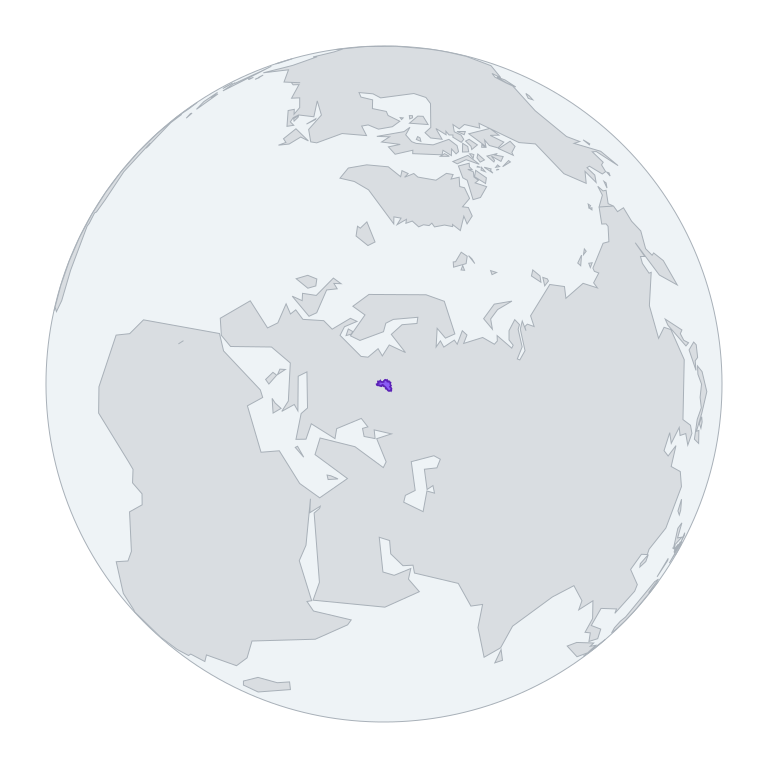 the Earth from above Mogilev, rotated 38°
{"feature_id": "BLR-2340", "entity_name": "Mogilev", "entity_type": "Region", "adm_level": 1, "iso_a3": "BLR", "parent_name": "Belarus", "parent_adm1": "", "projection": "orthographic", "projection_center": [29.938, 53.567], "detail": "fine", "context": "on_globe", "style": "filled", "palette": "violet", "viewbox_px": 768, "rotation_deg": 38, "n_neighbors": 0, "source": "natural_earth", "source_scale": "10m", "svg_char_len": 14121}
<svg xmlns="http://www.w3.org/2000/svg" viewBox="0 0 768 768"><g transform="rotate(38 384 384)"><circle cx="384" cy="384" r="338" fill="#eef3f6" stroke="#a8b0b8"/><path d="M211.3,93.6L218.1,89.6L213.9,92.0L223.3,86.7L230.7,82.9L247.3,75.1L272.4,67.3L287.4,70.7L277.9,72.8L282.6,73.9L294.9,71.6L301.9,69.9L334.9,75.6L375.5,76.6L389.0,72.4L385.6,77.4L411.5,67.2L434.0,67.8L408.2,70.1L405.2,72.8L420.2,74.3L420.5,77.4L427.9,80.2L426.7,84.1L411.8,85.9L410.8,88.6L421.5,89.6L427.1,94.6L411.5,92.7L419.8,101.4L396.3,107.5L355.5,101.6L341.8,110.6L298.4,120.1L301.9,123.4L287.6,130.0L286.2,136.6L278.6,137.1L284.1,142.0L291.4,140.4L296.2,142.1L296.1,146.0L286.3,147.1L285.0,145.3L282.0,147.7L277.2,146.7L279.5,149.4L267.6,150.7L279.1,155.4L269.3,161.4L261.6,160.7L262.9,153.0L248.0,134.4L240.6,132.4L228.7,136.7L205.2,160.6L196.7,162.1L184.9,169.7L189.2,172.1L200.1,167.1L205.3,174.1L218.0,167.8L221.9,169.9L234.7,167.2L232.2,176.1L222.7,186.6L212.0,189.6L207.6,194.5L217.3,199.0L196.8,212.4L182.5,235.4L177.2,238.3L167.9,229.8L169.1,210.6L157.1,202.0L164.2,216.6L151.0,224.6L148.5,230.0L148.8,235.1L153.6,235.7L148.9,240.7L140.1,227.5L144.2,222.8L147.0,226.8L147.4,218.1L141.4,210.4L135.2,215.7L132.7,200.4L128.2,204.2L125.2,203.4L132.5,198.2L119.3,207.6L115.3,195.2L97.3,213.1L115.8,189.3L122.8,178.4L129.8,167.3L126.8,169.9L140.1,153.2L145.3,145.4L140.0,150.2L162.0,129.2L185.8,110.3L211.3,93.6ZM111.2,184.5L111.4,184.3L103.9,195.5L101.5,198.5L111.2,184.5ZM63.5,277.0L60.9,287.0L57.2,298.2L58.6,296.1L55.1,309.4L52.1,338.2L51.4,338.5L48.3,376.9L50.9,410.5L51.5,425.5L50.6,427.4L52.8,438.8L52.9,442.4L67.0,487.3L78.7,516.7L81.3,528.6L77.5,525.9L78.9,529.3L68.7,505.5L60.3,481.0L53.8,455.9L49.3,430.4L46.7,404.6L46.1,378.7L47.5,352.9L50.9,327.2L56.2,301.8L63.5,277.0ZM93.0,217.4L76.6,252.2L81.2,238.1L81.2,239.4L86.3,229.3L94.3,213.8L99.6,202.9L93.0,217.4ZM96.2,220.0L98.6,214.9L96.9,219.3L96.2,220.0ZM305.0,68.8L295.1,71.3L283.9,72.6L292.1,69.9L305.0,68.8ZM326.3,68.4L321.8,70.1L316.9,67.7L321.0,67.5L326.3,68.4ZM398.6,69.1L390.6,69.0L398.3,68.1L398.6,69.1ZM429.1,79.9L431.3,79.1L434.2,80.9L429.1,79.9ZM235.3,162.5L235.0,164.8L232.7,164.1L235.3,162.5ZM241.1,159.3L238.7,156.9L241.2,155.1L242.6,156.6L241.1,159.3ZM435.2,88.8L439.1,92.3L432.5,88.9L435.2,88.8ZM243.5,162.8L245.7,152.1L250.0,149.0L259.0,152.4L243.5,162.8ZM439.7,94.6L449.6,103.9L455.3,102.5L444.5,112.1L439.8,100.7L430.7,96.6L437.7,97.0L439.7,94.6ZM293.7,138.2L286.0,140.1L292.6,135.0L293.7,138.2ZM296.8,134.6L310.0,117.5L321.4,117.1L314.6,122.7L329.5,119.6L328.5,127.7L320.2,131.2L313.0,129.8L318.1,134.1L296.8,134.6ZM437.0,116.3L437.1,119.0L434.1,116.5L437.0,116.3ZM298.7,142.4L300.4,138.8L310.4,138.1L308.8,145.2L306.1,143.1L298.7,142.4ZM333.9,115.1L341.0,116.1L342.2,122.8L345.1,124.2L329.5,127.9L333.9,115.1ZM303.8,145.3L307.8,148.9L303.0,152.9L297.8,145.9L303.8,145.3ZM313.6,135.0L318.2,135.1L315.2,137.3L313.6,135.0ZM288.2,169.9L289.9,165.2L295.3,164.3L288.2,169.9ZM309.7,150.0L311.3,148.7L313.6,147.9L315.2,151.1L309.7,150.0ZM331.4,132.6L330.4,135.3L337.9,131.4L339.1,136.6L328.4,138.3L333.5,139.7L333.9,141.4L324.8,141.0L331.4,132.6ZM323.8,152.2L310.6,156.7L306.2,165.4L301.3,166.3L309.3,152.2L323.8,152.2ZM325.2,145.6L323.2,149.9L318.1,148.6L316.3,145.0L325.2,145.6ZM343.7,139.7L344.6,131.2L346.9,131.2L343.7,139.7ZM323.5,155.0L326.7,153.8L323.8,155.7L323.5,155.0ZM338.6,144.5L338.6,141.4L341.3,141.5L338.6,144.5ZM333.0,154.4L328.8,155.7L327.4,153.2L333.0,154.4ZM336.4,150.0L340.0,150.8L329.5,151.5L336.0,148.6L336.4,150.0ZM341.1,145.1L342.6,144.1L340.7,146.4L341.1,145.1ZM340.6,163.5L327.7,164.9L324.7,159.2L337.7,158.5L340.6,163.5ZM161.1,561.7L142.8,510.4L152.6,500.9L155.0,481.5L223.3,445.5L237.2,456.7L290.2,464.8L296.7,469.3L289.8,485.3L329.1,513.5L342.6,501.1L378.8,514.3L403.4,513.3L413.4,481.0L373.1,482.1L366.9,465.9L399.7,451.3L434.9,450.3L433.6,444.0L411.9,431.6L420.6,418.7L404.5,426.2L410.6,432.5L400.6,437.6L394.4,432.2L397.7,427.7L387.3,425.1L374.2,448.3L379.0,457.2L351.2,460.1L356.5,475.5L348.7,481.8L336.9,458.3L338.5,450.0L315.8,421.9L311.6,430.7L332.7,458.2L325.9,455.4L320.3,468.5L319.1,456.3L297.2,425.1L272.6,424.1L240.0,448.9L225.9,445.8L214.5,433.0L227.4,400.8L257.7,411.5L262.7,401.2L257.5,381.1L267.2,386.4L268.8,379.9L280.3,383.0L297.5,371.2L309.4,372.7L317.1,352.9L324.2,351.3L317.6,363.2L319.4,372.7L348.9,376.4L354.9,372.7L357.6,359.8L365.4,362.9L364.1,350.0L381.6,346.0L359.2,340.4L361.7,326.2L372.7,316.0L369.6,310.6L351.6,327.3L348.0,335.0L351.4,343.1L338.2,364.5L327.9,366.7L326.5,341.3L311.6,341.9L317.0,322.7L362.2,287.8L380.6,281.7L409.0,300.9L404.2,310.0L391.6,307.4L402.3,322.8L401.9,315.3L408.4,318.1L412.4,306.1L417.2,307.6L412.9,293.8L419.2,294.3L421.8,303.0L433.1,286.6L446.5,284.7L446.8,280.3L443.3,276.2L462.6,277.1L461.9,273.9L455.4,272.3L449.7,265.0L447.4,252.8L454.2,253.8L456.0,258.3L470.0,269.7L473.6,282.2L476.2,281.4L474.6,270.9L457.6,256.8L454.2,249.3L463.1,254.6L459.6,252.1L460.1,248.6L466.9,246.3L457.5,240.0L453.4,203.5L466.2,196.1L474.6,204.5L478.9,182.1L493.0,176.9L486.9,175.2L484.9,164.3L480.4,165.7L477.3,164.1L470.0,138.2L473.6,133.4L463.5,121.8L460.4,121.1L457.1,123.9L444.5,112.1L455.3,102.5L461.9,104.4L464.2,97.7L478.9,103.3L492.1,105.3L506.8,116.3L516.0,117.5L515.8,114.7L528.1,114.8L554.1,125.4L533.9,128.6L495.0,118.0L511.0,123.0L507.6,125.6L513.4,129.9L524.6,133.5L525.8,131.5L544.9,158.9L572.3,179.0L569.8,166.9L576.6,164.5L605.6,180.0L641.5,228.0L650.9,227.8L657.0,233.3L661.0,245.1L652.3,237.3L649.0,242.3L643.4,236.5L646.9,253.9L639.1,246.4L645.7,264.1L652.2,265.8L652.0,252.8L661.1,272.2L671.4,270.6L681.6,281.8L694.8,324.0L694.6,351.0L696.5,356.3L691.7,359.7L692.5,378.3L707.1,386.1L709.1,393.0L707.1,422.6L705.7,418.1L693.2,427.2L696.0,446.7L705.7,443.7L709.2,453.1L704.0,460.7L699.8,453.1L695.3,455.9L692.8,440.4L682.1,426.2L676.5,442.1L673.4,432.9L657.8,426.0L647.8,448.1L634.4,495.7L638.3,520.1L631.1,537.7L608.0,518.0L597.4,497.0L589.2,505.5L565.3,495.4L524.4,514.2L518.4,508.9L510.8,515.5L493.9,513.7L484.8,503.9L474.6,507.7L498.9,532.8L509.8,528.5L518.7,512.9L523.4,522.7L539.7,525.9L522.1,559.3L461.2,598.0L455.2,580.0L408.4,528.7L409.8,521.7L409.6,520.9L409.0,519.5L404.8,531.1L396.7,519.7L421.8,559.1L426.0,575.4L460.4,599.3L457.2,602.8L468.2,606.3L503.4,590.1L503.6,596.2L487.0,627.4L438.2,667.8L444.7,684.1L441.2,696.8L410.9,706.8L413.7,713.0L398.0,715.8L397.1,718.3L384.6,720.5L363.7,721.0L327.9,717.1L325.6,715.9L307.5,709.5L282.4,688.9L291.2,681.1L288.0,671.4L262.2,641.4L267.8,628.1L260.9,619.5L246.7,616.7L238.8,605.8L230.2,602.4L177.0,582.6L161.1,561.7ZM199.3,473.3L197.3,479.0L199.3,473.3ZM472.3,465.0L493.4,460.5L483.7,441.9L491.0,438.9L485.1,433.9L482.9,440.6L468.3,426.3L477.3,417.5L474.7,408.6L467.5,409.8L453.3,428.4L474.1,448.7L469.4,458.6L472.3,465.0ZM52.2,339.0L51.4,344.7L51.5,340.0L52.2,339.0ZM79.4,240.1L77.1,245.9L75.1,250.4L76.4,246.6L79.4,240.1ZM66.0,288.7L64.5,296.3L65.0,290.1L66.0,288.7ZM74.6,257.6L67.1,283.0L68.2,272.4L73.3,256.7L71.2,265.0L74.6,257.6ZM92.3,222.7L90.3,226.9L89.3,227.5L92.3,222.7ZM94.9,223.3L95.3,222.1L97.3,219.0L94.9,223.3ZM151.5,225.3L152.1,226.6L151.3,232.2L149.4,230.4L151.5,225.3ZM161.5,253.3L153.8,260.8L158.0,254.0L153.8,252.6L157.5,237.1L174.8,239.0L166.3,240.7L161.5,253.3ZM167.2,217.8L162.9,226.9L166.9,216.9L167.2,217.8ZM266.4,342.6L269.9,348.7L265.0,355.4L250.0,355.1L257.0,345.3L266.4,342.6ZM276.1,355.9L278.9,331.7L288.4,331.4L282.6,335.6L288.5,337.8L280.9,345.2L287.1,369.3L283.2,376.8L257.6,371.3L268.2,368.7L264.0,362.7L276.1,355.9ZM269.4,275.8L270.7,266.8L289.5,277.6L286.1,284.8L270.9,284.6L266.0,276.0L269.4,275.8ZM258.9,171.4L258.2,168.3L260.9,167.9L263.7,170.1L258.9,171.4ZM288.6,167.7L264.8,184.8L262.8,182.0L251.3,196.1L241.5,194.4L249.3,185.2L233.1,194.8L236.2,185.8L225.9,193.3L244.3,172.9L246.4,165.7L247.7,174.3L256.6,176.0L261.2,174.6L275.5,165.3L284.5,151.3L294.8,151.2L299.7,155.0L299.1,158.3L292.6,157.2L296.5,162.5L286.6,163.5L288.6,167.7ZM350.9,206.7L343.6,202.6L349.7,216.1L339.8,216.1L341.2,217.7L333.8,221.5L327.1,229.1L322.7,227.8L322.0,231.4L317.1,234.2L314.6,238.8L306.0,238.2L302.3,243.9L300.3,240.4L296.2,250.4L295.3,242.8L288.9,246.2L293.1,251.8L252.3,240.5L235.9,242.7L222.6,248.9L222.9,235.8L235.5,221.9L253.7,210.2L269.5,210.4L266.8,204.8L273.5,203.3L272.9,208.4L277.9,199.8L283.3,200.1L299.5,191.4L303.5,179.6L309.5,176.4L310.7,181.2L315.9,174.8L322.1,181.8L326.6,179.8L337.2,185.1L336.8,196.0L341.8,193.0L350.1,197.3L350.9,206.7ZM343.4,165.3L345.2,177.6L340.7,183.9L324.1,172.2L319.2,173.0L308.4,166.4L315.2,157.6L317.6,160.3L321.6,160.8L317.9,163.3L323.8,161.8L327.4,165.5L333.0,165.4L332.0,169.4L343.4,165.3ZM304.7,464.2L309.8,466.0L317.9,466.6L314.5,475.2L304.7,464.2ZM289.3,443.2L294.0,443.1L293.3,454.9L287.9,453.3L289.3,443.2ZM297.3,433.3L294.3,442.2L292.8,436.4L297.3,433.3ZM322.0,362.6L327.1,361.9L327.4,365.0L324.3,369.2L322.0,362.6ZM366.9,249.1L363.4,245.2L365.1,243.6L363.7,232.6L370.9,232.1L374.6,238.6L366.9,249.1ZM406.2,487.1L398.8,493.7L395.2,490.8L398.5,489.1L406.2,487.1ZM354.2,486.3L365.8,491.1L353.1,488.6L354.2,486.3ZM374.5,246.7L373.1,242.2L377.5,244.8L374.5,246.7ZM376.1,231.2L381.4,233.2L371.6,230.8L376.1,231.2ZM498.4,682.4L474.4,704.2L458.6,707.8L456.1,704.6L465.3,692.8L483.8,685.1L493.0,676.9L498.4,682.4ZM712.9,461.7L711.9,465.6L708.7,475.9L710.3,469.5L715.5,449.7L715.6,448.9L712.9,461.7ZM710.0,470.4L704.0,480.1L689.7,477.7L695.0,469.0L708.7,459.0L708.0,463.7L711.7,459.6L710.0,470.4ZM719.8,422.0L718.1,433.3L716.6,440.1L715.7,434.3L716.3,425.4L717.8,418.9L719.0,373.0L720.4,368.7L721.0,385.1L721.8,385.3L721.2,405.2L720.9,410.1L719.8,422.0ZM639.8,521.2L647.5,528.8L643.0,535.5L639.8,521.2ZM716.2,348.4L717.9,367.8L715.3,346.4L716.2,348.4ZM712.6,331.7L714.2,335.4L712.6,335.5L712.6,331.7ZM699.6,362.7L698.3,370.7L696.6,367.8L697.3,355.7L699.6,362.7ZM689.4,291.6L695.5,300.8L697.3,305.4L693.8,303.1L689.4,291.6ZM433.8,239.9L427.7,255.4L428.0,267.1L435.7,274.1L422.3,271.2L421.7,253.2L433.8,239.9ZM450.2,207.7L443.5,202.2L448.0,200.6L450.2,201.6L450.2,207.7ZM445.0,207.2L433.7,208.1L431.0,202.5L440.4,202.8L445.0,207.2ZM404.1,226.8L401.8,231.3L398.2,229.0L404.1,226.8ZM721.9,385.7L721.9,384.0L721.8,374.9L721.7,370.8L721.9,381.4L721.9,382.0L721.9,385.7ZM718.8,338.7L718.1,339.4L719.1,349.5L715.5,324.4L717.0,327.9L718.8,338.7ZM715.7,329.3L716.8,338.7L714.6,325.7L715.7,329.3ZM716.1,338.0L714.5,333.6L714.5,328.9L716.1,338.0ZM715.4,326.0L712.5,316.0L713.9,318.4L715.4,326.0ZM710.1,324.5L713.0,321.3L712.1,332.8L704.4,316.8L704.2,310.0L710.1,324.5ZM661.0,223.8L656.8,221.0L654.5,214.2L658.0,218.0L661.0,223.8ZM643.1,191.3L652.5,211.6L659.3,228.9L660.7,226.7L668.5,237.1L662.6,236.4L652.6,219.0L648.7,207.4L641.3,199.9L634.3,188.6L625.3,183.0L620.0,176.8L627.0,178.4L643.1,191.3ZM621.5,181.2L603.4,169.3L602.2,160.3L605.9,160.9L614.8,170.0L614.9,174.1L621.5,181.2ZM598.6,164.0L598.5,168.1L571.6,162.9L565.6,159.7L585.5,158.0L586.5,161.9L593.3,165.0L598.6,164.0ZM440.7,118.8L437.5,119.0L439.4,117.1L440.7,118.8ZM474.9,165.2L471.0,162.8L473.4,160.3L474.9,165.2ZM461.6,154.9L461.6,159.3L458.7,154.2L461.6,154.9ZM462.2,169.4L460.3,160.8L466.2,169.7L462.2,169.4Z" fill="#d9dde1" stroke="#a8b0b8" stroke-width="1"/><path d="M388.3,378.7L388.4,378.8L388.5,379.2L388.6,379.4L388.7,379.8L388.7,380.0L388.8,380.0L389.4,380.5L389.7,380.6L390.0,380.8L390.3,380.9L390.3,381.1L390.5,381.0L390.6,381.4L390.6,381.6L390.5,382.1L390.3,382.4L390.3,382.6L390.7,382.7L391.5,382.5L391.8,382.6L392.2,382.7L392.3,382.8L392.4,383.0L392.5,383.0L392.8,383.0L392.9,383.3L392.6,383.4L392.6,383.6L392.7,383.8L392.8,384.0L393.1,384.1L393.3,384.3L393.5,384.3L393.5,384.5L393.7,384.4L393.8,384.6L393.7,385.0L393.8,385.2L393.7,385.2L393.3,385.3L393.2,385.4L392.9,385.4L392.8,385.5L393.0,385.6L392.9,385.8L392.8,386.0L392.7,386.1L392.4,386.2L392.3,386.4L392.2,386.5L391.8,386.7L391.7,386.7L391.3,386.6L391.2,386.7L390.8,386.6L390.6,386.6L390.5,386.3L390.4,386.2L390.1,386.1L389.9,386.0L389.6,386.1L389.2,386.1L389.0,386.5L388.8,386.7L388.7,386.7L388.3,386.5L388.1,386.5L388.1,386.4L388.1,386.1L387.9,385.9L387.8,385.7L387.7,385.5L387.4,385.5L387.0,385.6L386.9,385.6L386.7,385.6L386.4,385.7L385.9,385.5L385.7,385.5L385.6,385.8L385.3,385.9L385.1,385.9L385.1,386.0L384.9,386.0L384.8,385.9L384.7,385.7L384.3,385.4L384.2,385.3L383.9,385.4L383.7,385.4L383.4,385.4L383.4,385.5L383.5,386.1L383.3,386.1L383.4,386.4L383.3,386.5L383.0,386.6L382.9,386.7L382.9,386.8L383.0,386.9L383.0,387.0L382.9,387.2L383.0,387.3L383.3,387.5L383.2,387.6L382.6,387.6L382.4,387.7L382.3,387.8L382.2,387.7L382.1,387.8L381.9,387.9L381.9,387.7L381.5,387.6L381.4,387.6L381.1,387.9L381.0,388.0L380.6,388.1L380.5,388.4L380.5,388.5L380.0,388.7L379.9,388.7L379.9,388.8L380.1,388.8L380.0,389.0L379.9,389.0L379.6,389.1L379.3,389.1L379.2,389.2L378.8,389.2L378.5,389.0L378.2,388.7L378.6,388.2L378.7,387.9L378.8,387.7L378.7,387.5L378.8,387.4L378.9,387.2L379.0,387.2L379.0,386.8L379.0,386.6L378.9,386.5L379.0,386.4L378.9,386.4L378.8,386.5L378.6,386.5L378.6,386.4L378.6,386.2L378.4,386.1L378.1,386.2L377.9,386.1L377.6,385.9L377.5,385.7L377.8,385.5L378.0,385.7L378.4,385.7L378.5,385.7L378.8,385.5L378.7,385.3L378.5,385.2L378.6,384.7L378.7,384.4L378.8,384.3L379.0,384.3L379.1,384.2L379.3,384.0L379.4,383.9L379.3,383.7L379.6,383.8L379.9,383.8L380.0,383.8L380.3,383.8L380.2,384.0L380.3,384.1L380.4,384.3L380.5,384.3L380.6,384.2L380.5,383.9L380.9,383.9L381.0,383.8L380.9,383.6L381.1,383.4L381.3,383.4L381.3,383.5L381.5,383.5L381.7,383.3L381.8,383.3L381.9,383.1L382.0,383.1L382.1,382.9L382.3,382.8L382.4,382.7L382.2,382.6L382.1,382.4L382.1,382.2L382.0,381.9L382.0,381.7L381.9,381.5L382.0,381.3L382.2,381.1L382.1,380.9L382.2,380.4L382.3,380.4L382.3,380.2L382.2,380.1L382.4,379.9L382.6,379.8L382.7,379.6L382.8,379.6L383.1,379.7L383.5,379.6L383.6,379.4L383.8,379.5L384.1,379.7L384.1,379.8L384.3,379.8L384.4,379.7L384.5,379.4L384.5,379.2L384.6,379.3L384.8,379.5L384.8,379.4L385.1,379.3L385.3,379.2L385.2,379.4L385.1,379.5L385.3,379.7L385.5,379.5L385.6,379.4L385.8,379.6L386.0,379.7L386.3,379.5L386.3,379.4L386.2,379.3L386.2,379.2L386.4,379.1L386.5,379.1L386.6,378.9L386.8,379.0L387.0,379.0L387.3,379.0L387.3,378.9L387.8,379.0L387.8,378.9L388.0,378.8L388.1,378.7L388.3,378.7Z" fill="#8b5cf6" stroke="#5b21b6" stroke-width="1.5"/></g></svg>